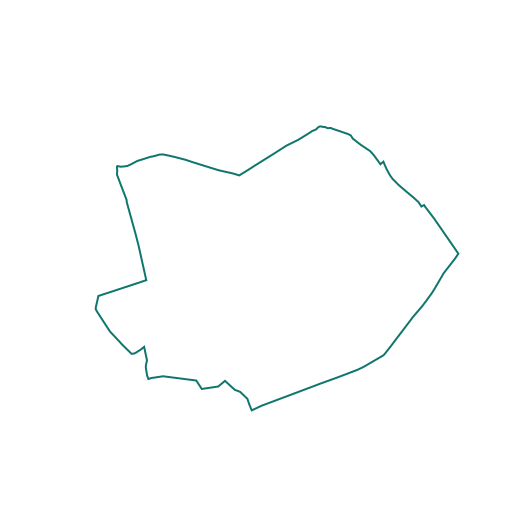 the district of Santa Lucía, San Juan, Argentina, rotated 140°
{"feature_id": "61730980B73949498906302", "entity_name": "Santa Lucía", "entity_type": "district", "adm_level": 2, "iso_a3": "ARG", "parent_name": "Argentina", "parent_adm1": "San Juan", "projection": "mercator", "projection_center": [-68.469, -31.538], "detail": "fine", "context": "isolated", "style": "outline", "palette": "teal", "viewbox_px": 512, "rotation_deg": 140, "n_neighbors": 0, "source": "geoboundaries", "source_scale": "gbopen_adm2", "svg_char_len": 1971}
<svg xmlns="http://www.w3.org/2000/svg" viewBox="0 0 512 512"><g transform="rotate(140 256 256)"><path d="M304.4,414.0L304.8,413.9L305.1,413.8L307.1,411.1L307.7,410.3L310.2,407.7L314.8,394.6L317.2,387.6L319.1,382.1L320.3,380.5L334.1,350.3L339.2,339.6L355.6,308.0L389.5,321.5L402.4,326.7L411.9,319.5L413.0,318.2L413.6,315.0L416.4,292.0L415.6,278.0L415.5,274.4L414.4,263.1L414.3,262.2L414.1,260.9L412.0,259.6L410.0,259.1L404.5,258.4L400.1,258.3L406.6,246.1L410.3,243.3L411.7,241.9L412.9,240.1L416.3,234.3L417.5,230.9L414.8,229.9L404.5,223.6L381.8,199.0L383.0,189.0L368.8,180.3L360.0,180.3L358.3,167.2L355.5,162.2L354.4,152.2L356.4,147.0L358.5,140.5L347.9,137.7L296.3,119.5L289.1,117.0L270.8,110.3L251.1,103.5L244.9,101.9L222.1,98.0L219.4,98.4L217.3,98.9L211.8,100.0L201.8,102.3L188.9,105.2L174.9,108.4L161.7,110.6L154.4,112.2L145.3,114.5L140.8,115.9L123.2,122.2L104.7,126.2L99.5,127.7L99.3,129.8L98.9,133.7L97.1,153.0L96.7,156.9L95.8,167.1L95.5,169.8L95.4,172.1L95.2,176.6L94.8,184.9L94.5,187.0L97.5,187.6L96.9,192.9L97.7,199.1L99.5,209.1L101.1,218.7L101.8,227.1L101.5,231.7L100.0,239.1L97.8,246.4L101.7,246.3L101.0,256.6L101.0,260.7L101.2,263.3L101.5,264.2L104.2,273.6L105.5,279.4L106.3,283.4L106.4,283.5L105.9,287.5L107.0,290.1L110.9,296.6L115.5,304.1L116.0,305.2L116.3,305.9L118.2,307.3L118.5,307.5L119.2,308.2L119.6,309.2L119.7,309.7L119.8,309.9L120.8,310.9L121.7,311.8L122.4,312.9L122.7,313.2L122.8,313.3L123.9,314.2L124.4,314.4L125.4,314.6L128.9,314.4L132.6,315.6L135.7,315.9L148.7,317.8L155.4,319.4L158.9,320.3L161.9,321.0L173.7,322.5L177.4,323.0L193.1,325.2L198.7,326.0L205.4,326.8L210.1,327.5L217.0,328.5L221.0,334.6L227.3,342.8L229.3,345.4L239.8,361.7L244.7,369.4L248.1,374.9L248.5,375.5L253.4,382.4L254.9,384.5L256.7,386.9L256.9,387.2L261.8,393.4L264.5,395.6L270.9,398.5L273.0,399.8L280.6,402.9L285.8,405.1L292.9,406.6L295.7,407.4L296.4,407.5L298.9,409.0L302.3,411.4L302.5,411.7L304.0,413.5L304.4,414.0Z" fill="none" stroke="#0f766e" stroke-width="2"/></g></svg>